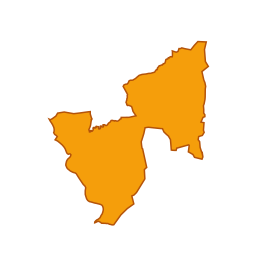 Rimin Gado, Kano, Nigeria (orthographic projection), rotated 101°
{"feature_id": "59680162B46553103488347", "entity_name": "Rimin Gado", "entity_type": "district", "adm_level": 2, "iso_a3": "NGA", "parent_name": "Nigeria", "parent_adm1": "Kano", "projection": "orthographic", "projection_center": [8.273, 11.925], "detail": "fine", "context": "isolated", "style": "filled", "palette": "amber", "viewbox_px": 256, "rotation_deg": 101, "n_neighbors": 0, "source": "geoboundaries", "source_scale": "gbopen_adm2", "svg_char_len": 4478}
<svg xmlns="http://www.w3.org/2000/svg" viewBox="0 0 256 256"><g transform="rotate(101 128 128)"><path d="M134.4,207.0L136.0,205.7L137.8,203.9L139.5,202.4L141.8,200.8L143.8,200.1L145.8,199.9L146.6,200.1L147.6,199.4L148.4,198.5L148.9,197.2L149.9,195.8L153.5,197.3L154.2,194.7L155.5,192.2L157.2,189.3L158.7,187.4L160.3,185.8L164.1,183.4L164.9,182.4L165.1,181.4L164.6,180.5L164.5,179.8L165.2,178.9L166.5,179.0L167.8,179.5L169.0,180.4L170.2,181.3L172.3,182.0L175.2,182.1L176.5,181.9L178.6,180.5L179.5,179.6L181.2,176.4L181.9,174.0L182.1,172.8L182.2,171.2L182.7,170.1L185.3,167.7L187.0,166.1L190.3,162.8L191.8,161.3L193.4,159.0L194.7,158.1L197.8,158.0L201.3,157.3L202.7,156.6L205.4,155.1L206.8,153.7L207.6,151.9L207.7,149.5L208.0,146.6L208.0,144.7L208.2,141.0L208.5,139.4L208.9,138.7L209.6,138.0L211.2,137.1L213.2,136.6L215.4,136.7L217.4,137.0L218.9,137.7L221.3,138.3L223.1,139.7L224.2,141.1L225.3,142.0L225.5,142.1L226.6,142.7L227.4,142.6L226.9,141.7L226.0,140.7L225.2,139.2L225.6,137.6L226.5,135.7L226.1,133.1L225.9,131.9L225.9,131.2L225.6,129.5L225.6,129.3L226.0,128.0L226.0,127.0L226.0,126.7L226.1,125.8L226.1,124.9L225.7,123.5L214.6,118.4L207.2,113.3L201.4,107.8L194.0,111.3L192.6,109.3L189.8,107.4L174.9,101.8L174.5,101.8L165.8,104.0L164.5,103.2L164.1,102.9L163.2,102.1L145.6,109.7L145.1,110.4L142.3,111.4L138.9,112.4L137.0,112.1L130.3,111.4L124.5,111.3L123.4,108.3L122.3,95.7L122.1,94.0L125.0,92.0L126.9,89.1L128.2,86.8L131.3,84.1L136.3,82.7L141.4,81.3L141.3,79.4L140.8,76.5L138.5,76.3L133.0,65.3L133.1,64.9L133.5,64.6L139.9,64.2L141.6,59.2L144.1,57.1L144.5,49.4L142.2,49.0L141.0,49.3L140.1,49.9L139.4,49.8L138.8,50.4L137.7,50.5L137.5,51.2L135.5,52.3L133.3,53.5L127.7,55.1L126.1,56.9L122.9,57.0L121.1,53.6L117.8,52.4L115.8,53.5L108.3,54.4L108.3,57.5L103.3,56.4L102.2,54.7L100.3,55.1L99.0,56.5L95.3,57.2L91.7,58.2L89.7,57.9L85.2,57.9L82.7,58.2L75.0,59.6L72.3,59.7L68.7,61.2L66.5,62.7L63.1,64.2L58.5,66.2L52.2,60.9L48.0,64.7L36.4,67.9L28.6,67.6L29.8,75.9L34.1,78.6L39.3,81.3L39.3,87.3L39.1,90.5L39.9,91.5L40.2,92.4L40.3,93.1L43.3,93.5L44.4,95.1L43.9,99.2L44.8,98.9L47.8,98.3L49.6,98.1L49.8,98.5L49.8,98.9L49.8,99.4L49.9,99.9L50.3,100.4L50.8,100.7L51.3,100.9L51.3,101.8L51.9,102.0L52.7,102.2L52.9,102.7L53.0,103.2L53.4,103.7L53.8,103.9L54.4,104.0L55.0,103.9L55.9,104.0L57.0,104.1L57.4,104.3L57.7,104.7L58.1,105.1L58.1,105.6L58.6,105.6L59.0,106.0L59.2,106.4L59.7,106.5L59.9,107.3L60.3,107.9L60.7,108.3L60.8,109.0L61.2,109.4L61.9,109.7L62.8,110.1L63.4,110.5L63.9,110.5L64.6,110.4L65.1,110.5L65.1,111.0L65.5,111.4L66.0,111.6L66.4,111.8L66.9,112.1L67.5,112.2L68.2,112.7L70.0,116.2L70.5,118.3L71.5,120.5L72.7,124.4L74.2,127.1L76.4,128.9L78.0,130.1L80.2,132.6L80.7,134.9L81.6,136.0L83.6,136.4L85.1,137.3L85.5,138.8L86.5,140.2L88.1,140.7L92.5,137.0L94.7,135.2L95.4,134.8L96.3,135.0L97.0,134.7L97.8,134.7L98.5,134.4L99.5,134.7L101.1,134.5L101.9,134.8L102.7,134.7L103.3,134.8L104.5,133.9L104.7,133.7L105.4,133.7L105.8,133.0L106.0,132.7L105.6,131.6L106.0,129.4L106.4,128.5L107.4,127.9L110.8,126.2L114.5,122.5L117.3,128.9L117.7,130.7L118.9,136.7L120.3,136.6L120.5,137.0L120.8,137.5L121.5,137.8L122.0,138.2L122.6,138.8L123.2,139.4L123.4,140.2L123.2,141.6L123.3,141.9L123.7,142.5L123.4,143.2L123.6,143.7L123.7,144.0L123.5,144.8L123.6,145.3L123.9,146.0L125.6,146.7L126.9,148.0L127.7,148.4L128.4,148.6L129.0,149.0L129.5,149.4L129.8,150.0L129.7,150.4L129.6,150.9L129.3,151.3L129.3,151.9L129.4,152.4L129.5,152.8L129.6,153.1L130.0,153.2L130.3,153.1L130.4,152.7L130.6,152.5L130.9,152.4L131.4,152.4L131.8,152.8L131.8,153.2L131.9,153.8L131.7,154.3L131.4,154.6L131.1,154.9L131.6,155.6L132.0,155.6L132.5,155.4L133.3,155.1L133.9,155.2L134.3,155.7L134.5,156.3L134.3,156.7L134.1,156.8L133.7,156.7L133.0,157.0L132.4,157.3L132.3,157.7L132.5,158.1L132.5,158.6L132.4,159.0L132.4,159.5L132.8,159.7L132.8,159.4L133.1,159.4L133.5,159.4L134.1,159.8L134.3,160.5L133.9,160.6L133.9,161.4L134.2,162.1L134.8,162.3L135.2,162.2L135.2,161.9L135.6,161.8L136.5,161.9L137.2,162.1L137.8,162.4L138.2,162.9L138.2,163.2L137.9,163.2L137.6,163.1L137.5,163.6L137.5,164.0L137.8,164.3L138.1,164.3L138.2,164.1L138.6,164.0L139.0,164.3L139.1,164.6L139.2,165.1L137.8,165.6L137.3,166.1L135.8,165.8L133.7,165.4L132.3,165.3L130.4,165.4L128.5,165.5L127.1,165.4L126.6,165.7L126.3,165.5L126.1,165.3L126.0,165.1L125.6,165.3L125.4,165.5L124.7,166.0L121.5,167.7L119.1,168.2L120.5,172.5L122.6,178.6L124.3,184.0L124.5,193.7L126.8,199.9L130.1,201.1L133.4,204.2L134.7,205.8L134.4,207.0Z" fill="#f59e0b" stroke="#b45309" stroke-width="1.5"/></g></svg>